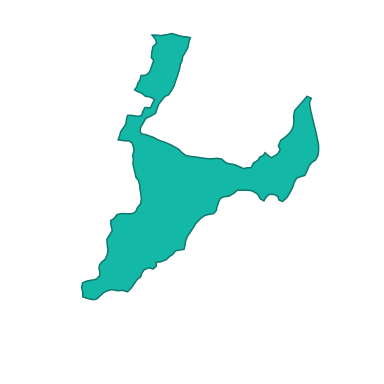 São José de Ribamar, Maranhão, Brazil (Robinson projection), rotated 24°
{"feature_id": "56859067B58306550614975", "entity_name": "São José de Ribamar", "entity_type": "district", "adm_level": 2, "iso_a3": "BRA", "parent_name": "Brazil", "parent_adm1": "Maranhão", "projection": "robinson", "projection_center": [-44.138, -2.581], "detail": "fine", "context": "isolated", "style": "filled", "palette": "teal", "viewbox_px": 384, "rotation_deg": 24, "n_neighbors": 0, "source": "geoboundaries", "source_scale": "gbopen_adm2", "svg_char_len": 3017}
<svg xmlns="http://www.w3.org/2000/svg" viewBox="0 0 384 384"><g transform="rotate(24 192 192)"><path d="M127.7,51.7L124.7,52.3L120.6,53.7L116.9,54.4L113.1,54.9L109.1,55.4L105.3,58.3L99.7,61.9L95.5,63.2L91.7,64.9L96.5,67.4L99.2,70.5L97.2,74.8L98.4,80.5L100.2,85.7L103.5,87.4L104.4,98.8L103.5,102.2L101.5,104.6L98.1,106.2L98.9,110.8L98.3,114.9L98.8,118.3L98.0,122.0L101.5,122.4L106.2,122.2L110.4,123.5L114.8,122.3L120.1,122.7L119.8,127.5L119.9,132.0L114.7,133.9L114.3,138.1L114.8,142.7L111.7,144.9L108.6,145.8L105.4,146.6L102.0,148.2L102.5,151.6L103.9,157.1L102.3,165.8L103.0,170.1L103.3,174.4L109.4,172.7L113.5,171.0L116.9,171.4L120.3,174.7L122.2,177.8L123.0,182.9L125.2,186.1L126.6,190.3L130.3,195.4L132.7,198.3L134.6,201.2L138.8,203.6L141.3,206.9L143.4,210.6L145.9,214.4L148.7,219.2L149.8,223.7L148.5,228.5L148.5,233.1L146.6,235.6L143.6,237.5L140.1,238.8L135.9,240.6L132.7,243.1L131.4,248.3L129.3,251.2L131.6,255.4L134.8,259.7L133.5,269.9L136.4,275.4L139.0,279.4L140.0,283.6L140.0,288.9L138.0,292.6L137.1,296.4L138.3,300.1L140.5,302.7L141.6,305.9L140.5,309.8L138.3,312.0L135.4,313.8L131.7,316.5L129.0,319.5L129.8,323.7L132.9,327.9L134.9,332.3L140.8,331.6L145.8,330.5L148.5,328.5L150.5,323.9L152.2,320.0L154.2,317.3L158.4,313.8L164.0,312.5L168.5,310.1L173.7,309.4L175.5,304.6L176.6,299.1L177.6,293.8L179.6,290.6L179.2,286.0L179.9,282.7L183.4,278.7L187.8,278.2L189.6,274.1L187.8,270.8L191.5,268.7L195.9,264.5L197.9,259.7L199.8,256.8L200.8,252.5L205.3,249.4L208.0,247.6L207.3,243.9L206.2,239.4L205.8,234.8L206.7,230.0L207.5,225.0L208.3,219.2L210.9,211.9L213.5,208.0L216.5,205.6L220.6,202.9L221.7,199.1L220.9,195.4L220.4,190.4L220.6,186.2L223.0,183.5L227.5,180.7L230.7,176.2L232.8,171.8L238.0,169.7L241.9,167.8L245.9,166.6L249.7,166.8L252.9,167.3L257.1,170.5L261.3,170.9L261.9,166.0L263.7,162.6L268.4,160.8L272.3,161.2L274.7,164.0L278.7,163.7L281.2,157.7L281.9,150.3L282.0,146.7L281.5,141.6L282.0,136.7L284.6,134.1L288.3,131.0L288.5,125.5L288.3,120.4L289.4,116.3L291.7,112.7L292.3,107.9L291.1,103.4L288.9,98.4L287.2,95.6L284.6,92.0L281.5,87.7L273.7,77.7L267.0,68.9L264.4,65.1L262.7,61.6L262.9,57.9L258.2,57.8L256.9,62.3L252.7,75.8L253.9,81.0L256.1,85.6L257.6,89.8L257.9,93.7L257.4,98.0L255.1,103.4L252.0,108.8L252.2,114.9L255.3,117.4L254.8,122.4L252.5,125.7L250.5,128.4L245.9,127.5L242.7,126.4L242.2,129.7L239.8,132.4L239.2,136.4L236.4,140.4L236.1,145.8L232.7,147.3L229.8,149.6L221.2,149.6L217.2,150.3L213.6,151.3L210.2,151.3L205.8,149.8L201.0,151.1L198.3,152.6L195.6,154.1L191.5,155.6L184.2,157.7L179.4,159.0L175.8,160.3L171.3,161.1L166.5,160.0L162.4,158.4L158.0,157.9L152.7,157.5L148.2,157.6L145.0,157.8L141.7,158.2L138.6,158.1L134.6,157.8L130.3,158.1L126.2,158.4L122.2,159.5L119.6,157.1L118.8,153.5L119.3,149.1L119.9,143.4L123.3,139.6L126.7,135.0L126.2,129.9L125.9,125.5L127.0,120.8L128.3,115.8L131.1,112.8L132.0,107.7L132.5,102.4L132.0,99.1L131.7,94.9L131.4,91.1L130.6,84.7L129.5,80.2L129.5,76.0L128.4,72.0L129.0,67.4L129.5,62.1L128.2,56.5L127.7,51.7Z" fill="#14b8a6" stroke="#0f766e" stroke-width="1.5"/></g></svg>